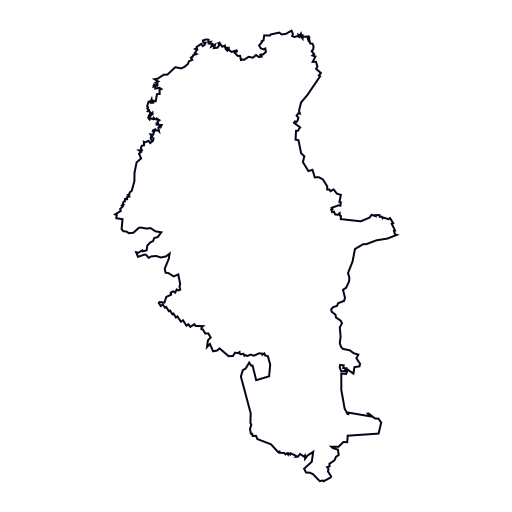 outline of Martínez de la Torre, Veracruz, Mexico
{"feature_id": "50627088B13774862826934", "entity_name": "Martínez de la Torre", "entity_type": "district", "adm_level": 2, "iso_a3": "MEX", "parent_name": "Mexico", "parent_adm1": "Veracruz", "projection": "mercator", "projection_center": [-97.059, 20.12], "detail": "fine", "context": "isolated", "style": "outline", "palette": "ink", "viewbox_px": 512, "rotation_deg": 0, "n_neighbors": 0, "source": "geoboundaries", "source_scale": "gbopen_adm2", "svg_char_len": 5998}
<svg xmlns="http://www.w3.org/2000/svg" viewBox="0 0 512 512"><path d="M136.1,252.2L138.0,256.8L144.5,254.6L146.1,254.9L148.7,257.8L151.3,256.4L156.2,256.0L160.9,257.5L166.0,256.4L169.6,253.6L168.8,258.7L164.7,268.8L165.6,272.7L168.4,273.1L173.7,276.4L178.3,274.4L180.2,284.3L179.5,286.3L180.2,289.7L178.3,290.4L176.7,289.5L175.1,292.7L173.3,291.3L170.7,292.6L171.1,294.7L166.3,296.9L164.4,302.6L159.6,302.0L158.8,302.9L160.7,306.0L162.8,304.5L165.0,307.7L166.1,306.9L168.9,311.2L170.0,310.5L172.4,314.3L173.5,313.6L175.9,317.5L177.4,316.4L180.9,321.7L183.0,320.3L186.5,325.7L188.5,324.3L190.3,326.9L194.4,324.2L195.6,326.0L203.0,326.1L201.6,327.3L201.4,329.1L202.9,329.5L205.2,333.5L208.3,333.4L210.7,337.5L207.9,340.4L207.0,347.0L209.9,344.0L213.1,351.3L217.0,350.6L219.6,348.4L228.6,356.2L233.0,356.0L235.0,352.7L237.7,353.1L239.5,352.1L239.6,353.6L240.9,354.3L243.4,353.8L244.4,355.8L245.5,355.1L247.3,356.0L250.6,354.6L253.8,355.7L259.2,353.3L262.3,353.7L262.5,354.7L264.3,353.4L265.2,355.5L267.9,356.2L270.2,364.7L269.1,376.3L256.2,380.2L252.6,365.7L251.3,365.7L249.2,362.6L245.6,368.6L242.8,370.1L240.9,376.6L250.7,413.3L250.4,423.2L251.3,424.5L250.0,429.1L250.9,433.7L252.2,433.8L252.6,436.0L256.0,435.8L257.4,439.1L271.0,444.3L278.4,452.4L279.5,451.6L279.9,452.8L284.2,453.0L285.4,454.4L287.1,453.3L288.1,454.6L288.5,453.4L290.2,454.5L290.5,453.3L295.4,455.5L296.4,456.2L295.8,456.8L297.7,456.8L300.1,454.0L303.9,456.6L304.9,455.5L305.1,458.8L307.3,455.7L313.2,451.8L311.8,461.7L304.1,468.7L306.1,472.6L309.6,472.6L312.9,474.1L319.7,481.1L322.8,480.5L323.5,481.3L330.6,477.5L331.1,476.4L327.9,471.4L328.5,469.3L327.1,467.1L329.6,466.3L329.4,463.8L334.5,460.3L336.0,456.8L338.7,455.0L337.9,449.6L332.8,448.1L331.3,446.7L338.5,446.8L343.4,442.0L347.2,442.2L347.7,435.7L378.6,433.6L381.2,422.6L378.4,418.6L375.0,418.5L368.6,413.5L367.8,413.6L370.0,416.3L348.3,412.6L348.3,414.1L347.5,414.0L344.6,408.5L341.3,389.9L341.3,373.6L346.2,373.9L347.2,371.2L341.2,371.2L339.7,367.4L340.1,364.9L343.7,365.4L343.3,368.0L346.2,368.3L345.5,369.5L347.3,369.3L353.4,373.6L354.5,367.1L359.4,366.4L360.1,363.9L356.4,358.2L358.3,354.6L353.7,353.2L349.9,350.4L342.7,348.8L340.9,346.7L339.8,343.0L340.6,336.7L339.8,327.5L342.0,323.2L340.7,320.7L336.0,317.5L335.5,314.7L331.6,311.7L331.2,309.3L333.1,307.2L337.1,305.8L338.1,303.2L344.1,300.9L345.0,297.8L343.0,289.8L346.1,287.8L349.0,281.6L349.4,277.9L348.0,273.0L352.5,261.7L355.0,249.0L363.1,244.2L366.4,244.1L376.5,240.3L387.3,238.6L396.8,234.9L395.0,234.3L393.9,231.0L395.1,230.6L391.7,223.8L393.2,223.2L390.0,218.1L388.5,219.2L383.5,217.6L382.6,218.3L381.8,216.7L379.8,216.8L379.5,215.1L375.2,215.2L375.5,216.1L371.7,214.8L369.4,217.7L360.7,221.3L340.8,219.1L340.9,216.0L339.8,215.5L339.7,213.2L337.7,214.8L335.1,214.4L334.0,211.7L332.2,212.2L331.2,209.6L332.4,209.3L331.7,207.8L338.6,205.3L340.4,205.7L340.8,202.3L339.4,201.9L340.9,194.9L336.8,193.6L333.6,189.4L330.5,191.2L329.4,189.5L327.2,189.5L327.2,186.4L322.9,179.4L318.7,177.2L314.8,177.4L312.5,169.8L308.4,171.1L302.9,162.1L304.3,156.3L301.1,153.2L298.5,140.2L295.6,139.7L296.0,130.9L297.8,130.9L300.1,127.4L294.0,122.8L295.0,121.4L296.5,122.0L297.6,120.5L298.4,117.7L296.6,115.7L298.3,113.3L299.9,113.6L299.0,110.8L301.1,102.4L307.3,95.1L320.1,76.3L318.9,75.4L320.9,73.0L316.1,68.9L317.4,66.4L316.0,61.8L312.7,61.9L315.4,56.5L312.5,55.5L314.1,54.1L311.7,51.2L313.2,49.2L313.6,46.4L312.5,43.7L310.2,43.5L309.0,38.3L308.3,40.0L307.7,38.1L309.2,37.1L308.7,36.4L302.7,36.9L302.6,38.6L301.2,36.7L302.3,35.4L301.2,35.4L300.9,33.7L299.6,35.6L298.5,34.9L299.0,36.9L297.3,36.1L294.6,37.0L292.2,36.1L292.9,33.9L291.5,30.7L285.8,33.9L281.6,34.4L279.2,32.6L270.6,34.5L270.0,35.5L264.2,35.4L263.5,40.4L261.6,41.3L261.9,42.3L259.1,45.3L260.8,48.3L263.6,49.4L265.3,48.5L265.9,51.9L263.2,54.4L261.4,54.4L261.6,56.2L260.3,55.5L260.5,56.8L258.9,57.1L256.0,55.0L252.9,57.7L248.7,56.8L243.9,59.9L241.4,59.2L241.1,60.9L240.1,55.9L237.7,55.9L234.7,52.9L237.0,51.3L236.6,50.4L231.5,51.9L229.0,50.0L228.7,48.1L227.4,49.2L228.2,49.4L227.4,50.7L225.8,49.1L226.8,47.7L225.1,47.5L224.9,45.6L222.2,46.7L219.4,42.6L218.3,43.1L219.3,45.1L217.5,47.7L213.9,48.1L215.1,44.6L211.3,46.6L212.4,43.8L209.3,43.6L210.6,41.9L208.3,42.2L208.6,39.8L206.1,39.4L202.9,40.5L203.4,42.7L205.6,42.7L204.5,45.0L202.7,46.1L201.2,43.9L196.6,47.0L196.9,48.2L195.2,49.0L197.1,49.9L194.7,53.1L196.5,54.0L192.9,55.4L192.8,56.6L190.9,57.6L192.3,59.8L188.9,61.3L187.9,64.0L184.4,66.9L181.1,68.4L175.3,67.2L167.4,74.6L163.7,74.7L157.8,78.6L154.5,79.2L158.3,81.5L155.7,82.7L157.6,84.1L157.3,85.7L153.9,84.6L153.5,86.6L155.3,85.9L155.2,88.6L159.3,87.8L161.3,89.0L159.5,89.9L159.7,93.9L157.0,94.1L155.7,101.3L153.6,100.8L153.3,102.7L152.1,102.8L151.6,99.3L150.3,102.5L149.3,101.4L148.4,101.9L147.1,106.5L148.1,107.3L147.3,108.7L148.9,109.9L147.9,111.2L149.5,111.4L150.9,113.8L152.4,112.6L152.5,114.1L149.8,114.2L148.9,115.7L150.4,115.9L148.3,117.8L149.7,119.6L150.5,118.3L153.2,119.2L153.7,117.8L154.7,119.1L156.3,119.4L156.6,118.5L159.4,120.2L157.8,121.3L158.0,123.2L156.5,123.3L156.6,124.7L161.7,125.0L160.5,127.4L159.3,126.7L158.4,127.7L159.0,131.2L158.2,130.3L155.4,130.6L155.3,129.4L153.4,130.0L152.9,131.3L154.1,131.5L153.2,134.7L150.5,134.4L152.5,137.3L151.0,136.8L150.6,138.0L151.7,140.7L153.2,139.6L153.0,140.8L150.2,143.1L148.5,140.8L145.0,142.4L143.8,141.8L144.1,145.3L141.7,145.8L140.9,147.9L141.9,150.0L138.9,150.3L141.2,151.9L139.0,153.7L141.1,158.4L136.6,162.4L134.5,172.8L134.4,181.0L131.8,190.7L129.7,192.5L129.2,194.3L130.1,194.5L127.9,195.1L129.2,196.6L126.9,197.3L127.1,199.2L125.1,198.9L124.8,201.4L123.7,201.6L122.7,204.1L123.5,204.7L121.9,205.6L122.8,206.4L120.1,209.0L120.8,210.9L115.2,214.4L116.7,214.9L116.3,218.2L122.5,219.2L121.6,229.1L123.3,231.2L126.5,231.6L128.8,233.2L133.3,232.8L138.9,227.8L141.1,227.6L146.8,228.6L150.6,228.1L155.4,231.3L161.3,232.3L157.7,237.1L154.3,238.0L153.0,241.1L150.4,242.3L147.3,245.6L146.7,250.3L142.9,251.3L142.3,250.3L138.5,252.7L136.1,252.2Z" fill="none" stroke="#020617" stroke-width="2"/></svg>